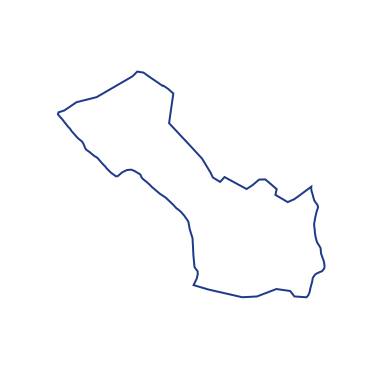 outline of Pavee, Castries, Saint Lucia, rotated 306°
{"feature_id": "8701671B25758314350266", "entity_name": "Pavee", "entity_type": "district", "adm_level": 2, "iso_a3": "LCA", "parent_name": "Saint Lucia", "parent_adm1": "Castries", "projection": "albers", "projection_center": [-60.992, 14.003], "detail": "fine", "context": "isolated", "style": "outline", "palette": "blue", "viewbox_px": 384, "rotation_deg": 306, "n_neighbors": 0, "source": "geoboundaries", "source_scale": "gbopen_adm2", "svg_char_len": 1979}
<svg xmlns="http://www.w3.org/2000/svg" viewBox="0 0 384 384"><g transform="rotate(306 192 192)"><path d="M176.1,37.8L175.6,39.4L175.1,41.6L174.7,43.9L173.7,47.2L172.8,50.5L172.1,53.0L171.4,56.4L170.4,59.1L170.0,61.1L169.6,62.9L169.0,65.5L168.6,67.3L168.3,70.1L168.3,72.6L167.8,74.5L166.9,76.3L166.2,77.5L164.9,79.4L164.1,81.5L164.1,84.0L164.1,86.0L163.7,91.7L164.0,94.3L163.9,96.2L163.2,98.8L162.3,102.8L161.6,106.9L160.9,109.2L160.0,115.1L160.0,121.4L161.5,122.7L166.7,123.9L171.5,126.4L174.3,129.6L175.2,133.0L175.8,139.9L174.9,141.5L174.5,142.0L174.0,143.0L173.6,145.4L173.5,148.9L173.1,153.1L172.5,156.5L172.1,161.9L171.7,166.6L171.8,169.8L172.0,173.9L171.4,178.7L170.6,184.4L169.7,188.8L169.7,190.8L169.5,194.3L168.9,197.1L168.3,199.7L167.5,201.9L166.5,204.9L165.7,206.7L163.7,208.7L161.8,210.7L160.4,212.3L160.0,212.8L158.0,215.4L156.2,217.9L154.8,219.7L141.2,230.7L132.7,238.2L131.1,243.2L128.7,245.1L124.8,246.7L117.6,248.0L122.6,262.2L136.4,294.5L145.6,305.9L163.1,317.3L169.6,329.6L167.7,336.2L174.1,346.5L176.8,346.8L180.4,345.9L182.9,344.7L185.8,343.5L189.9,342.0L193.6,340.2L195.7,340.1L198.0,340.2L199.8,341.0L202.3,342.4L204.1,343.6L205.6,343.9L208.2,343.8L209.8,342.9L211.6,341.3L213.8,338.9L215.4,336.4L217.3,333.7L218.2,332.4L219.9,331.0L222.1,329.1L222.8,327.7L223.6,325.8L224.5,323.4L225.8,321.4L228.2,318.5L229.7,317.0L231.6,315.1L233.8,313.3L236.1,311.0L238.4,309.3L242.0,307.6L243.6,306.8L246.8,305.4L248.2,304.8L250.8,303.9L253.7,303.0L255.2,301.2L255.8,299.4L256.5,297.3L257.1,295.8L259.0,293.3L261.1,290.8L263.1,288.1L265.1,286.2L266.4,285.4L250.9,280.5L246.4,279.0L240.1,275.4L238.7,261.2L244.1,258.8L245.3,244.0L241.5,239.0L233.3,237.0L226.5,234.4L223.2,209.5L216.7,208.8L216.0,200.3L218.5,195.8L224.9,180.6L228.6,162.2L234.2,133.0L260.7,119.0L261.2,114.1L261.4,112.5L261.2,106.4L260.6,106.0L260.1,88.7L260.1,82.6L257.2,76.9L250.7,75.9L212.7,59.1L196.8,45.8L183.0,40.8L178.0,37.2L176.1,37.8Z" fill="none" stroke="#1e3a8a" stroke-width="2"/></g></svg>